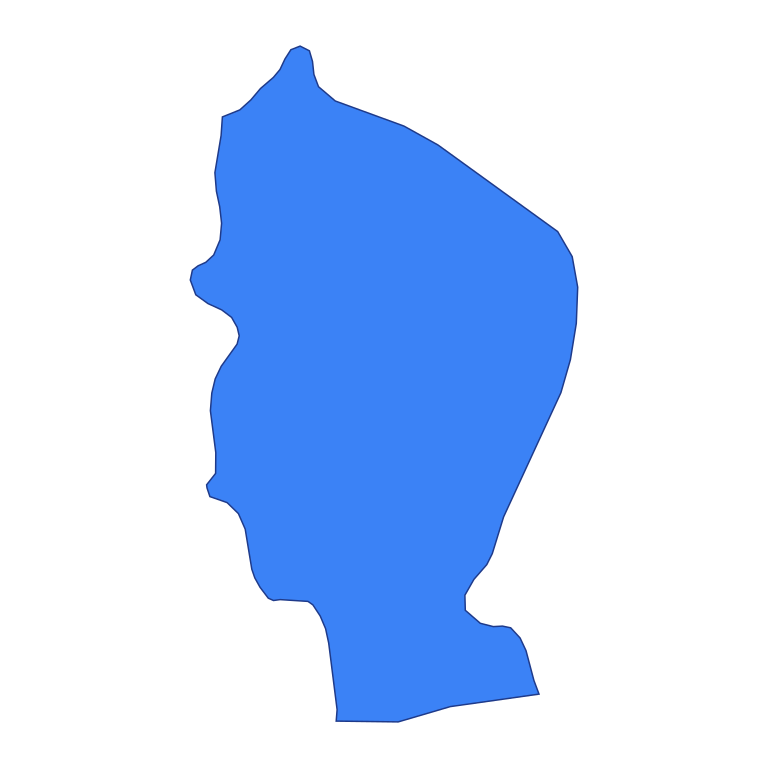 map outline of Apayao (Natural Earth projection)
{"feature_id": "PHL-2546", "entity_name": "Apayao", "entity_type": "Province", "adm_level": 1, "iso_a3": "PHL", "parent_name": "Philippines", "parent_adm1": "", "projection": "natural_earth1", "projection_center": [121.11, 18.109], "detail": "fine", "context": "isolated", "style": "filled", "palette": "blue", "viewbox_px": 768, "rotation_deg": 0, "n_neighbors": 0, "source": "natural_earth", "source_scale": "10m", "svg_char_len": 1106}
<svg xmlns="http://www.w3.org/2000/svg" viewBox="0 0 768 768"><path d="M209.9,496.6L207.0,487.9L206.6,484.8L215.6,473.4L215.8,452.7L210.4,410.7L211.8,393.1L215.2,378.9L221.2,366.3L237.1,344.1L239.2,335.8L237.2,327.3L231.6,317.4L221.7,309.9L208.0,303.6L195.8,294.8L190.3,280.0L192.4,270.1L198.1,265.8L205.8,262.3L213.7,255.0L220.1,239.8L221.6,223.3L219.7,206.7L216.4,191.2L214.9,172.7L221.1,135.5L222.4,116.9L239.8,109.9L250.8,100.0L260.5,88.5L273.4,77.4L280.0,69.5L285.0,58.9L290.9,49.7L300.1,46.1L309.4,50.8L312.5,61.4L313.9,74.4L318.5,86.7L335.3,101.0L404.0,126.1L438.0,145.0L557.7,231.6L572.2,256.6L577.7,287.2L576.3,323.4L570.4,359.7L560.9,392.7L503.6,516.9L492.3,553.6L486.8,564.6L473.9,579.4L464.9,595.2L465.3,610.3L480.3,623.3L493.3,626.6L502.5,626.1L510.7,627.8L520.1,638.0L526.0,650.6L533.9,680.4L539.0,694.1L450.3,706.6L398.2,721.9L336.2,721.1L337.1,709.7L328.7,643.1L325.6,628.7L320.2,616.0L312.9,604.9L308.0,601.4L280.1,599.6L273.5,600.5L268.3,598.2L260.1,587.4L254.8,577.9L251.8,569.2L245.2,529.1L238.4,513.6L227.1,502.6L209.9,496.6Z" fill="#3b82f6" stroke="#1e3a8a" stroke-width="1.5"/></svg>